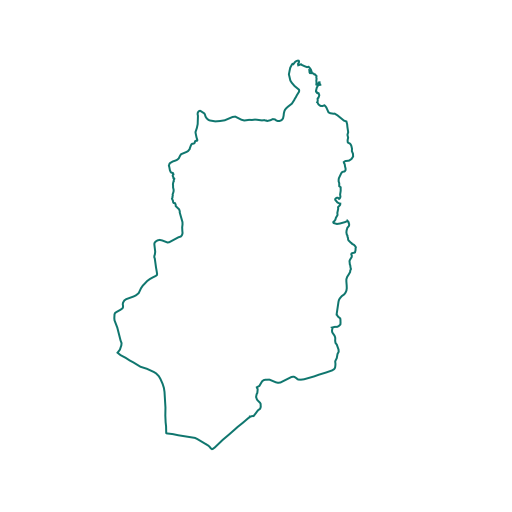 the district of Bam, Bam, Burkina Faso, rotated 201°
{"feature_id": "67063806B14953893434288", "entity_name": "Bam", "entity_type": "district", "adm_level": 2, "iso_a3": "BFA", "parent_name": "Burkina Faso", "parent_adm1": "Bam", "projection": "natural_earth1", "projection_center": [-1.611, 13.44], "detail": "fine", "context": "isolated", "style": "outline", "palette": "teal", "viewbox_px": 512, "rotation_deg": 201, "n_neighbors": 0, "source": "geoboundaries", "source_scale": "gbopen_adm2", "svg_char_len": 6144}
<svg xmlns="http://www.w3.org/2000/svg" viewBox="0 0 512 512"><g transform="rotate(201 256 256)"><path d="M144.5,196.2L145.4,198.2L148.8,202.2L150.6,203.3L151.7,205.2L152.6,207.8L153.2,208.7L154.2,209.8L157.3,211.9L158.1,213.1L158.4,213.9L158.8,216.3L159.3,216.5L157.0,218.1L154.9,218.9L154.1,219.7L153.4,220.7L152.7,222.3L153.1,223.8L154.3,226.7L155.0,227.9L157.9,228.9L159.2,230.0L159.6,230.0L159.8,230.3L162.6,242.9L162.8,244.6L162.6,246.3L161.6,249.2L159.9,251.8L159.3,253.9L159.2,256.1L159.7,258.4L160.7,260.8L162.6,264.8L163.3,266.7L163.4,269.2L162.8,272.1L162.4,274.8L162.8,276.2L162.7,277.9L163.5,278.9L164.7,281.1L165.4,281.8L166.9,284.8L166.9,286.1L166.3,289.3L166.4,289.8L166.7,290.7L167.6,291.6L167.7,292.5L167.4,293.0L165.2,294.5L164.9,294.9L165.2,297.3L165.7,298.5L165.9,299.9L166.9,300.7L168.5,301.5L170.8,301.8L171.6,302.4L172.4,302.4L173.3,302.9L175.2,303.7L175.9,304.4L176.5,305.7L177.5,306.8L178.0,307.9L178.9,308.5L180.1,310.5L180.6,312.4L180.8,315.2L180.1,317.0L180.1,318.1L180.5,319.2L181.3,320.0L181.5,320.6L182.3,321.2L183.2,321.6L183.1,321.0L183.8,320.8L185.1,319.5L189.3,316.4L191.9,314.9L195.3,314.6L195.6,314.8L196.0,315.3L195.3,316.9L194.9,318.3L195.1,320.3L194.6,323.3L194.8,324.0L195.5,325.3L196.2,329.6L196.9,331.0L195.9,333.4L195.8,334.1L196.1,335.1L196.8,334.9L199.3,335.2L200.4,335.9L201.3,336.3L202.0,336.7L202.4,337.3L202.4,337.8L201.9,338.8L201.2,339.5L200.4,339.7L199.9,339.6L199.2,339.1L198.9,339.1L198.6,339.5L198.4,340.3L198.4,341.5L198.7,342.1L199.5,343.5L200.3,347.2L201.6,350.5L203.3,351.0L204.4,353.8L205.6,355.3L206.2,356.9L206.5,358.3L206.1,363.6L205.8,364.9L204.8,366.0L203.7,366.6L203.4,367.2L203.2,368.4L203.8,369.9L204.9,371.4L206.1,373.5L207.1,374.3L207.7,375.1L207.2,375.9L206.5,376.7L203.3,378.4L201.6,380.8L201.0,383.7L202.1,386.2L204.1,388.3L204.8,390.5L206.4,392.9L207.5,394.0L208.6,394.6L210.7,394.8L211.2,395.2L212.0,397.0L212.4,399.5L213.8,401.5L214.1,402.2L214.3,404.6L216.9,409.2L218.1,411.6L219.8,414.0L222.4,413.9L230.3,416.5L233.6,417.1L234.6,416.6L237.9,415.9L239.8,416.1L243.6,419.9L244.9,420.7L246.1,421.2L247.7,419.8L249.7,419.2L250.0,419.4L251.4,419.7L252.1,420.0L253.5,421.3L254.0,421.4L253.9,422.8L254.9,425.0L254.8,425.6L254.4,426.0L254.5,428.6L254.6,428.9L255.9,430.4L256.7,430.4L257.0,430.0L257.5,430.1L258.4,431.1L258.9,431.0L259.2,431.7L259.6,435.1L259.3,436.6L259.4,437.7L258.9,438.0L258.4,438.4L257.7,438.6L257.3,438.9L257.5,439.2L258.4,439.6L258.9,440.9L259.4,440.7L259.8,438.7L260.6,437.7L261.0,437.6L261.3,438.0L261.4,439.0L262.6,441.5L262.9,443.1L263.6,444.1L264.0,445.7L266.1,446.7L266.6,446.4L267.6,446.9L268.6,446.9L271.2,446.1L271.8,446.6L272.7,448.4L270.5,448.4L271.5,449.6L272.7,450.5L274.7,451.5L276.0,450.6L278.6,450.6L282.0,450.8L282.4,451.1L282.7,451.1L284.9,449.2L285.6,450.3L285.3,452.1L285.6,453.2L286.1,453.6L286.8,453.5L288.1,452.5L289.0,451.3L289.9,448.4L290.8,448.4L291.1,447.3L291.5,444.1L291.1,441.4L290.4,437.4L286.8,432.1L284.8,430.6L280.9,428.5L275.5,426.7L275.1,426.2L274.7,424.8L275.5,420.6L275.7,418.6L276.1,416.8L276.2,415.4L277.1,411.1L279.7,406.8L280.7,404.8L281.3,403.0L281.4,401.4L281.1,399.1L280.5,396.9L280.1,394.2L280.4,393.0L280.9,391.9L282.5,390.4L284.1,389.8L285.6,389.8L287.3,390.3L289.4,389.8L291.1,388.0L294.0,386.0L294.9,386.2L295.8,385.8L296.7,385.9L299.1,384.7L304.1,383.5L305.8,383.0L308.6,381.5L311.1,380.7L315.5,378.3L318.5,378.0L325.3,378.7L327.7,377.4L333.8,371.5L338.0,369.1L342.2,367.1L347.6,366.0L349.1,366.0L351.3,366.8L353.0,368.0L354.5,369.9L355.4,370.6L359.7,371.5L360.2,371.5L360.9,371.1L361.5,370.1L361.7,369.0L361.4,367.6L360.4,366.0L357.7,358.2L357.1,354.4L356.9,350.0L356.3,348.9L354.1,345.5L352.3,343.2L352.3,342.6L352.6,342.3L353.0,342.4L353.9,341.5L354.0,341.0L353.8,339.8L354.1,339.0L355.1,338.2L355.7,338.0L356.2,337.3L356.4,336.0L356.4,332.9L356.2,332.3L357.0,329.7L358.1,328.3L362.4,324.2L362.8,322.6L363.1,319.4L364.0,317.7L365.2,316.4L367.6,314.4L369.5,312.0L369.8,311.3L369.7,309.1L368.9,308.1L367.1,305.2L365.8,303.9L365.0,303.5L363.4,303.7L363.1,303.2L362.6,303.0L362.3,302.5L362.6,302.1L362.6,301.2L362.1,300.5L361.5,300.0L361.0,299.1L360.2,299.1L359.9,298.8L360.0,297.3L359.5,296.2L359.7,295.5L359.3,293.3L358.6,291.9L358.0,290.3L356.7,288.4L356.2,287.2L356.0,285.9L355.9,283.6L355.3,282.5L355.3,281.6L354.9,280.6L355.0,279.4L353.5,278.0L352.5,276.4L351.9,276.0L350.6,276.3L349.5,275.3L348.8,273.8L344.5,272.0L343.6,270.9L343.2,270.4L342.8,269.3L336.8,261.3L335.9,259.1L335.2,256.3L333.8,253.1L332.8,251.1L332.6,249.6L332.7,248.5L333.2,247.2L335.1,245.7L341.9,237.8L343.4,236.9L349.1,236.9L351.7,236.5L353.5,235.3L354.6,233.9L355.2,232.7L355.4,231.5L355.0,230.3L351.6,223.8L351.0,221.2L350.9,219.5L350.5,218.4L349.6,217.4L345.2,209.4L343.1,205.9L341.9,203.8L341.7,202.7L342.5,201.4L344.8,198.9L346.8,196.5L348.6,193.7L351.1,187.7L351.8,184.7L352.2,179.4L353.0,177.9L354.1,176.1L355.8,174.3L361.7,169.2L363.0,167.3L363.4,164.8L363.1,163.2L362.2,161.7L361.8,160.3L361.9,159.3L363.2,157.3L366.1,153.8L367.1,152.4L367.2,150.9L366.0,147.2L365.0,145.2L359.8,139.4L352.1,128.5L350.3,126.5L349.7,124.3L349.5,119.8L350.6,116.1L346.9,114.9L341.1,114.2L336.4,113.2L332.3,112.7L324.2,111.2L317.4,111.6L309.8,111.1L307.2,110.6L303.7,109.0L301.2,107.0L297.3,103.1L294.7,99.8L292.7,96.3L286.2,82.0L283.5,74.6L280.8,68.4L278.9,64.7L276.4,58.6L275.7,58.4L269.9,59.9L264.3,60.8L247.8,64.3L245.3,64.1L232.6,61.9L230.8,61.2L229.4,60.3L227.9,59.9L227.3,60.3L225.9,62.4L221.2,72.4L216.9,80.2L211.8,90.0L208.5,95.6L205.1,101.9L204.2,103.1L204.3,103.9L203.4,104.2L202.2,105.2L200.9,105.7L199.8,109.3L199.2,111.5L198.8,112.7L197.4,114.9L197.5,116.8L198.7,119.6L199.6,120.4L202.8,121.8L203.9,122.6L205.4,124.4L205.9,127.2L205.7,128.6L206.5,131.6L206.8,132.4L208.0,133.4L208.2,133.7L206.3,135.9L205.6,140.1L205.3,141.4L204.3,142.9L202.8,143.9L199.0,145.4L192.2,145.2L190.0,145.5L187.8,146.7L179.6,155.7L177.9,156.7L176.8,156.9L174.1,156.3L173.1,155.8L171.9,155.9L169.8,156.6L167.0,158.1L158.6,164.4L154.8,167.7L149.0,172.2L143.9,176.5L142.5,178.4L142.3,179.2L142.2,180.1L142.5,181.6L143.1,183.6L144.2,185.8L144.3,186.7L144.0,189.6L144.8,193.8L144.5,196.2Z" fill="none" stroke="#0f766e" stroke-width="2"/></g></svg>